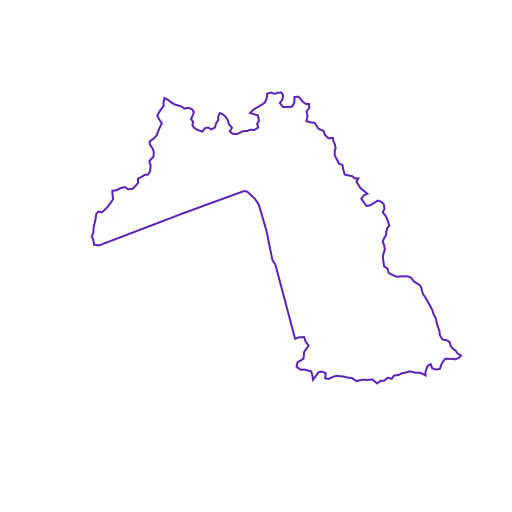 Água Doce do Norte, Espírito Santo, Brazil, rotated 334°
{"feature_id": "56859067B20048204764079", "entity_name": "Água Doce do Norte", "entity_type": "district", "adm_level": 2, "iso_a3": "BRA", "parent_name": "Brazil", "parent_adm1": "Espírito Santo", "projection": "mercator", "projection_center": [-40.991, -18.518], "detail": "fine", "context": "isolated", "style": "outline", "palette": "violet", "viewbox_px": 512, "rotation_deg": 334, "n_neighbors": 0, "source": "geoboundaries", "source_scale": "gbopen_adm2", "svg_char_len": 3389}
<svg xmlns="http://www.w3.org/2000/svg" viewBox="0 0 512 512"><g transform="rotate(334 256 256)"><path d="M115.4,174.8L119.9,177.8L124.3,178.1L208.5,185.6L217.1,186.5L224.5,187.3L233.2,188.1L273.7,192.4L276.3,194.2L280.1,204.2L281.0,210.8L279.4,221.1L276.4,238.1L269.0,266.8L269.6,272.2L266.5,288.3L256.2,340.6L254.8,347.5L258.8,347.9L263.7,350.0L263.1,354.6L264.0,359.7L257.3,363.3L253.6,369.2L246.9,369.7L243.9,373.2L246.0,377.6L249.7,379.3L255.1,383.9L254.0,389.1L253.0,392.2L261.2,388.0L264.3,388.6L267.3,391.9L264.6,396.2L267.1,398.2L273.5,398.5L276.5,399.4L282.4,403.1L285.5,405.8L288.6,407.5L291.4,412.4L297.5,413.9L301.9,416.3L306.6,418.0L308.9,423.6L313.2,422.8L316.7,424.3L321.1,423.1L324.1,425.9L327.5,424.0L331.9,425.4L336.1,425.4L340.1,426.6L343.4,427.0L348.1,430.7L352.6,433.1L356.1,437.7L357.3,434.7L359.9,432.0L362.4,430.0L365.5,429.7L365.2,434.1L367.9,436.9L371.8,438.1L375.3,434.6L378.3,432.6L381.1,431.3L384.3,433.1L387.0,434.3L389.4,436.1L393.4,436.5L396.6,435.4L394.4,431.8L394.0,428.6L392.4,426.0L391.5,422.2L392.4,418.3L390.3,415.2L387.1,412.8L386.5,408.0L388.0,403.6L388.4,399.6L389.4,394.3L390.3,390.1L390.1,385.5L390.7,382.4L390.7,377.7L390.4,372.8L390.1,367.4L389.4,363.2L390.0,360.0L390.7,357.1L390.4,353.8L388.6,351.1L386.7,347.9L385.9,343.4L383.3,340.7L377.5,337.9L373.6,336.5L370.5,333.1L367.8,329.3L368.7,325.0L366.6,321.4L367.9,317.5L369.1,313.6L371.4,309.9L374.6,306.8L375.8,302.7L376.3,298.5L379.0,296.1L382.0,294.3L383.9,291.0L386.3,288.4L389.2,287.1L389.7,282.8L390.1,279.7L390.0,275.9L389.0,272.5L392.3,269.7L393.5,265.2L392.1,262.0L389.8,259.6L384.3,260.2L380.7,260.5L377.2,259.4L376.4,254.6L375.8,250.7L379.7,248.7L383.4,248.9L381.4,244.6L379.6,240.7L378.9,233.1L382.0,231.2L378.6,229.4L377.6,226.5L374.7,224.4L371.4,221.6L372.5,216.1L373.5,212.1L371.1,209.5L371.0,204.5L370.8,200.4L372.5,196.5L375.0,193.7L375.8,190.1L375.9,186.6L376.9,183.7L372.7,181.9L371.1,177.6L371.5,173.2L368.0,169.1L367.5,165.2L367.0,161.9L363.5,159.7L360.5,156.9L363.6,152.9L364.7,148.3L368.7,146.4L370.3,142.7L367.5,141.2L365.6,137.7L364.9,134.3L363.8,131.3L360.2,130.0L358.8,133.1L356.6,135.8L353.6,137.6L349.6,135.8L345.6,134.0L344.5,128.9L348.4,126.9L350.7,123.5L350.5,120.2L346.7,118.7L343.7,118.4L341.3,115.8L337.2,115.0L334.7,119.0L331.4,121.9L328.0,122.5L322.6,123.0L318.0,123.3L313.4,124.8L315.7,127.1L319.4,130.5L317.9,135.8L315.1,137.5L314.3,141.5L309.6,142.0L306.0,139.9L302.8,139.8L299.0,138.1L292.4,138.1L288.4,135.8L287.1,132.5L290.7,130.2L289.4,125.6L290.3,121.4L289.7,117.6L288.6,114.6L286.2,111.7L283.2,114.1L281.6,117.4L278.5,119.1L275.4,122.5L271.3,122.6L269.4,119.6L266.5,118.7L262.3,120.7L258.7,117.0L256.5,113.5L256.2,110.4L258.3,108.1L257.6,104.6L260.9,101.8L263.2,99.5L262.9,96.2L260.2,93.1L256.3,92.2L254.1,88.4L249.4,84.2L246.9,80.5L245.3,77.0L243.0,73.9L240.3,77.2L238.8,80.7L235.1,82.4L231.3,84.7L228.8,86.6L228.8,90.3L229.6,95.3L225.7,98.4L222.3,101.4L219.9,103.8L215.6,105.6L210.5,106.4L209.5,109.7L210.2,113.8L209.8,117.7L207.3,122.0L204.4,122.8L201.6,124.1L201.0,128.4L197.9,133.5L194.5,135.5L191.5,134.3L187.7,134.7L183.7,134.9L182.2,138.4L178.6,140.2L174.3,141.5L170.3,139.9L168.3,136.6L164.4,135.6L159.4,135.8L155.5,134.3L153.9,138.1L152.5,142.2L149.0,144.4L142.8,147.4L136.5,149.2L133.9,146.9L130.9,148.2L127.2,153.5L122.7,159.0L120.0,163.7L116.9,166.5L116.9,169.9L115.4,174.8Z" fill="none" stroke="#5b21b6" stroke-width="2"/></g></svg>